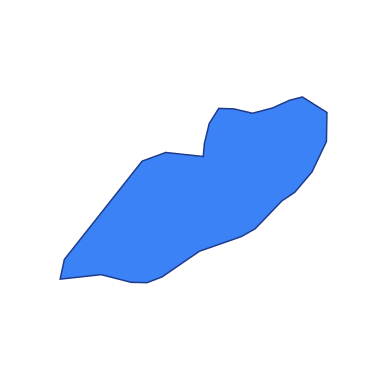 the Capital of New Providence, rotated 158°
{"feature_id": "BHS-5009", "entity_name": "New Providence", "entity_type": "Capital", "adm_level": 1, "iso_a3": "BHS", "parent_name": "The Bahamas", "parent_adm1": "", "projection": "equal_earth", "projection_center": [-77.439, 25.036], "detail": "fine", "context": "isolated", "style": "filled", "palette": "blue", "viewbox_px": 384, "rotation_deg": 158, "n_neighbors": 0, "source": "natural_earth", "source_scale": "10m", "svg_char_len": 476}
<svg xmlns="http://www.w3.org/2000/svg" viewBox="0 0 384 384"><g transform="rotate(158 192 192)"><path d="M122.2,253.5L106.5,242.4L86.3,239.8L67.1,240.5L54.1,238.8L37.1,215.2L48.4,188.5L73.2,165.7L96.7,153.3L112.0,150.1L147.1,134.3L162.9,132.2L207.4,134.3L251.5,124.5L267.7,124.8L282.2,131.0L307.2,149.4L346.9,160.6L335.6,177.3L226.7,239.3L201.6,238.5L168.3,220.7L162.3,232.4L150.4,249.0L135.9,259.5L122.2,253.5Z" fill="#3b82f6" stroke="#1e3a8a" stroke-width="1.5"/></g></svg>